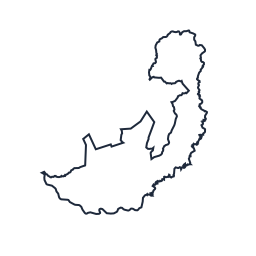 Jussara, Goiás, Brazil (Mercator projection), rotated 255°
{"feature_id": "56859067B37096608449564", "entity_name": "Jussara", "entity_type": "district", "adm_level": 2, "iso_a3": "BRA", "parent_name": "Brazil", "parent_adm1": "Goiás", "projection": "mercator", "projection_center": [-51.315, -15.527], "detail": "fine", "context": "isolated", "style": "outline", "palette": "slate", "viewbox_px": 256, "rotation_deg": 255, "n_neighbors": 0, "source": "geoboundaries", "source_scale": "gbopen_adm2", "svg_char_len": 5866}
<svg xmlns="http://www.w3.org/2000/svg" viewBox="0 0 256 256"><g transform="rotate(255 128 128)"><path d="M47.9,120.4L53.0,123.1L56.7,124.4L58.4,126.7L58.7,127.3L58.7,128.7L59.1,129.3L58.4,129.4L58.8,130.0L58.3,130.6L58.2,131.6L57.5,132.1L57.4,132.8L56.6,132.9L56.3,134.1L58.0,133.5L57.3,134.5L57.9,134.8L59.3,134.2L59.3,134.8L59.7,135.7L61.0,136.4L62.1,138.3L62.8,138.7L63.7,138.5L65.6,136.8L66.9,138.2L66.2,138.9L66.2,139.6L66.8,140.0L66.7,142.1L67.5,142.2L67.4,141.3L68.1,140.6L68.6,141.1L69.2,143.1L68.3,143.8L68.2,144.7L68.7,145.3L68.1,146.0L68.4,147.2L69.7,147.8L69.6,148.6L68.8,149.5L71.5,150.3L71.5,150.9L70.8,151.6L70.6,152.2L70.5,153.5L71.0,154.8L72.2,155.6L71.7,156.0L70.9,155.3L70.3,155.2L70.4,155.9L69.4,156.4L69.0,157.1L69.4,157.7L69.4,159.7L70.3,160.1L70.9,159.8L71.8,160.6L76.6,162.3L77.6,163.8L76.4,166.0L76.3,166.7L76.8,167.7L76.5,168.3L75.7,168.7L74.4,168.6L75.0,169.2L76.0,169.5L75.9,170.9L75.1,171.5L75.0,172.2L75.3,172.8L76.1,173.6L76.6,173.1L76.1,172.4L76.8,172.3L77.3,171.8L77.6,172.3L78.1,172.4L78.7,173.9L78.1,173.8L76.9,174.6L76.7,175.3L77.4,176.2L76.9,176.9L77.1,177.9L76.8,179.0L77.5,178.6L78.3,179.1L82.5,178.8L83.8,179.9L85.0,180.2L85.4,180.7L85.0,181.2L86.5,181.5L87.7,182.7L88.8,186.5L91.0,186.4L92.3,186.1L92.6,185.4L93.2,185.2L93.0,185.9L93.5,186.2L94.0,185.3L94.7,185.6L94.4,186.4L95.2,186.6L95.8,187.3L95.2,187.7L95.0,188.9L94.0,190.1L94.4,191.0L95.6,190.7L96.0,191.0L95.3,191.4L95.5,191.9L96.4,191.9L96.8,192.2L97.7,193.2L98.6,193.8L98.6,194.5L99.5,194.6L99.8,195.1L99.1,195.4L99.0,195.9L99.5,196.2L99.9,195.6L100.5,195.7L100.2,196.4L100.5,196.8L101.3,196.1L101.8,196.5L101.8,197.2L102.3,197.6L102.0,198.9L103.2,199.2L103.9,200.9L104.4,201.4L106.8,202.1L107.4,201.8L109.0,200.1L111.7,199.7L112.1,201.1L112.9,201.6L114.1,201.4L114.6,202.3L115.2,201.7L115.3,202.9L115.0,203.3L115.1,203.9L116.2,203.5L115.9,204.6L116.1,205.2L117.1,205.6L118.0,205.0L120.0,205.7L122.1,208.0L122.9,208.4L124.3,207.2L124.3,206.4L125.0,206.1L127.1,203.8L128.4,203.1L129.0,203.5L129.5,202.8L130.6,202.4L130.9,203.1L131.5,203.0L132.4,203.4L132.7,205.3L133.7,206.4L135.0,206.7L136.3,206.3L136.6,205.7L138.0,204.7L138.8,205.1L140.3,205.1L140.9,205.3L140.7,205.8L141.3,205.8L141.8,205.4L142.1,204.6L142.7,204.3L143.1,204.6L143.3,205.3L144.2,206.1L144.9,205.8L146.1,206.9L148.2,206.1L149.1,206.1L151.1,207.7L152.1,207.3L153.0,207.5L153.5,208.0L153.8,209.1L155.0,209.2L155.3,208.6L157.2,207.3L158.0,207.6L158.4,208.5L159.9,208.9L163.1,211.1L164.3,213.1L165.5,213.3L166.9,215.3L167.6,215.6L167.6,216.2L168.2,216.6L168.9,216.4L169.8,217.8L171.3,218.2L172.3,217.5L172.8,216.4L174.1,215.9L174.9,216.2L176.5,215.9L176.8,216.6L179.4,216.8L180.9,218.8L182.0,221.8L182.4,222.3L183.8,222.7L185.3,222.3L188.8,220.7L189.6,218.8L189.2,217.9L189.3,217.0L190.9,215.1L194.3,215.5L196.1,214.8L196.6,214.9L198.5,215.4L199.8,216.8L200.9,217.1L202.5,215.4L204.5,212.3L206.2,212.3L206.5,211.8L206.4,209.4L207.0,207.3L206.5,205.2L204.7,203.4L204.7,202.6L205.3,202.4L206.3,202.8L208.1,202.1L208.4,201.3L208.1,200.3L208.2,199.0L208.9,197.4L209.7,196.3L209.9,195.3L209.7,194.1L208.8,193.1L207.8,190.5L207.1,190.2L206.3,189.1L206.1,188.2L206.7,185.5L205.8,183.8L205.6,182.2L205.3,181.6L204.8,181.1L203.5,180.7L203.0,178.3L200.6,176.1L198.4,175.2L196.1,175.3L193.0,174.8L192.0,175.1L191.1,174.1L190.1,174.7L189.5,174.3L188.4,174.1L187.8,172.5L187.2,172.2L184.5,172.1L183.6,171.1L183.8,169.4L182.2,167.8L181.6,167.9L181.8,167.2L179.1,165.3L178.4,164.5L178.7,163.7L176.3,162.7L173.2,162.2L172.2,162.7L171.5,162.7L170.5,162.4L169.5,161.4L169.0,161.6L170.7,164.6L170.8,166.1L170.1,166.4L168.4,171.1L168.1,173.0L163.5,174.8L163.3,175.6L161.0,177.0L161.2,177.9L160.4,179.4L160.4,180.3L159.9,181.1L159.3,181.5L159.6,182.3L159.1,184.9L159.4,185.7L160.1,186.4L160.5,188.9L160.4,189.6L159.1,191.5L159.4,192.0L156.7,192.2L148.3,196.4L146.5,193.5L147.1,192.9L146.8,192.0L147.0,190.6L147.5,189.7L146.2,188.6L145.9,188.0L146.2,186.5L145.7,184.4L144.7,184.0L142.0,180.5L141.6,178.1L141.7,176.7L139.5,177.3L137.6,177.1L136.2,177.8L133.7,177.6L132.7,176.6L132.1,176.7L129.8,177.2L128.6,178.1L127.5,178.3L126.5,178.2L124.4,176.5L120.0,174.3L118.5,173.3L114.3,169.5L112.5,168.4L111.6,166.2L110.0,165.0L106.9,163.7L103.6,164.0L102.5,163.4L101.8,162.3L101.7,159.8L101.3,159.3L101.2,158.4L98.9,156.4L98.2,156.5L96.9,156.0L95.8,154.7L94.5,154.2L93.6,152.8L93.2,151.0L93.1,145.8L91.9,142.6L98.0,143.4L99.2,144.6L99.9,146.2L102.3,147.3L101.7,146.0L102.1,144.7L102.3,143.0L102.8,141.8L104.5,140.6L108.5,142.4L112.0,145.0L113.5,145.4L126.9,154.9L139.0,150.4L131.1,141.8L126.7,130.5L128.6,120.9L127.0,121.3L124.3,120.9L123.3,119.9L118.2,117.8L117.4,118.3L116.6,118.3L115.0,119.6L114.3,107.3L116.6,107.1L115.8,91.4L132.0,88.6L129.0,81.9L122.6,83.0L121.8,82.8L103.1,77.0L102.8,76.6L102.9,76.0L102.6,71.8L102.1,70.1L103.1,65.8L102.6,64.5L102.1,64.1L101.8,62.2L100.4,61.1L100.0,60.1L100.2,59.4L99.2,57.8L98.9,55.8L98.3,55.2L98.7,54.9L98.0,54.4L98.3,53.7L98.0,53.2L98.4,52.1L98.3,51.5L98.9,51.2L98.4,50.5L98.4,49.0L98.8,47.5L99.6,46.0L100.4,45.8L100.7,44.6L100.1,43.7L100.1,43.1L100.6,42.1L100.2,40.9L100.6,40.2L101.4,39.7L102.4,38.5L104.1,37.8L104.6,36.9L107.4,35.7L107.0,33.3L105.6,34.8L104.5,35.2L103.7,35.2L102.0,34.4L99.4,33.9L95.0,34.7L94.3,35.3L92.0,39.6L88.9,41.9L87.9,42.4L85.2,42.5L82.7,43.6L79.1,43.5L77.6,43.9L76.4,45.0L74.3,51.1L73.9,51.8L71.5,52.7L68.0,56.4L67.5,57.1L66.3,60.6L65.9,61.2L64.0,62.5L61.0,62.9L57.4,64.2L56.7,64.6L56.1,65.3L56.0,66.1L56.4,67.3L56.3,69.8L53.2,75.0L52.6,77.8L53.1,79.0L53.7,79.2L55.6,78.9L56.4,79.1L57.0,79.6L57.1,80.9L56.3,82.3L51.2,85.4L49.8,89.2L49.2,92.2L49.9,95.4L50.6,96.3L52.4,97.6L53.0,100.3L52.4,101.6L50.6,102.7L49.8,103.8L48.2,106.8L48.3,108.1L49.3,109.9L49.2,110.8L48.6,112.0L46.9,113.5L46.1,115.6L46.4,116.6L47.6,118.2L47.9,120.4ZM101.8,196.5L101.6,195.7L102.0,195.2L102.8,195.1L102.8,196.0L101.8,196.5Z" fill="none" stroke="#1e293b" stroke-width="2"/></g></svg>